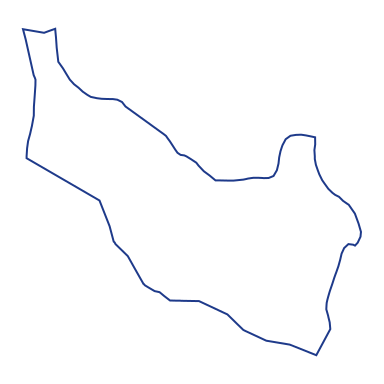 the district of Al Hujjaylah, Al Hudaydah, Yemen
{"feature_id": "15242507B15912619562849", "entity_name": "Al Hujjaylah", "entity_type": "district", "adm_level": 2, "iso_a3": "YEM", "parent_name": "Yemen", "parent_adm1": "Al Hudaydah", "projection": "equal_earth", "projection_center": [43.594, 14.987], "detail": "fine", "context": "isolated", "style": "outline", "palette": "blue", "viewbox_px": 384, "rotation_deg": 0, "n_neighbors": 0, "source": "geoboundaries", "source_scale": "gbopen_adm2", "svg_char_len": 2225}
<svg xmlns="http://www.w3.org/2000/svg" viewBox="0 0 384 384"><path d="M315.1,137.3L310.9,136.4L305.9,135.4L301.9,134.8L301.0,134.7L295.9,134.9L291.4,135.6L290.9,135.7L290.4,135.8L285.7,139.2L285.4,139.7L284.7,141.1L282.5,145.2L281.9,146.9L280.5,151.2L279.2,157.3L278.5,163.6L276.9,170.2L274.4,174.5L273.5,176.0L270.1,177.4L269.1,177.8L268.7,178.0L264.6,178.1L263.5,178.1L262.6,178.0L258.4,177.8L257.5,177.8L255.2,177.8L253.4,177.8L250.4,178.2L249.8,178.3L249.3,178.4L248.3,178.5L245.8,179.1L243.4,179.6L238.5,180.1L233.5,180.6L229.1,180.6L228.7,180.6L223.7,180.5L219.0,180.4L218.7,180.4L215.5,180.4L209.6,175.5L203.9,171.3L198.6,165.7L196.3,162.7L190.7,159.0L186.5,156.4L184.3,155.4L180.6,154.9L177.5,152.8L175.3,149.7L172.6,145.5L169.8,141.2L167.8,138.5L166.0,135.9L163.3,133.8L159.8,131.3L125.5,106.5L122.0,102.0L117.3,99.7L113.1,99.1L107.1,99.0L101.7,98.8L96.9,98.2L95.1,97.8L90.8,96.9L87.4,94.9L82.8,91.7L78.5,87.7L74.0,84.2L69.8,79.6L66.0,73.4L63.0,68.4L58.3,61.8L56.7,47.7L56.0,37.6L55.5,32.4L55.2,28.8L49.5,30.8L44.1,32.8L23.0,29.2L25.7,39.5L33.7,75.2L34.9,77.9L35.5,79.7L35.4,85.4L34.8,94.3L33.9,106.8L33.8,115.7L31.9,126.1L31.3,128.6L30.1,133.9L28.1,141.1L27.1,148.3L26.6,156.1L26.6,158.2L99.5,200.5L109.6,226.2L113.7,241.6L114.6,242.4L115.5,244.1L127.8,256.1L135.2,269.3L141.2,279.9L143.4,283.8L143.6,283.8L144.9,285.3L148.0,287.2L154.6,291.1L158.8,292.0L159.6,292.2L164.3,296.1L164.7,296.4L170.0,300.5L177.8,300.7L178.3,300.7L180.3,300.7L181.3,300.8L199.0,301.1L223.3,312.5L227.4,314.4L237.3,324.1L243.4,330.0L244.5,330.5L245.4,331.0L258.8,337.2L266.3,340.7L289.7,344.6L316.3,355.2L330.3,329.1L329.7,322.4L328.3,316.7L328.2,316.0L326.3,309.3L326.5,305.4L326.7,302.8L327.4,299.7L328.2,296.7L329.5,292.2L330.0,290.6L332.1,284.5L332.4,283.6L334.2,278.0L335.4,274.6L336.3,272.2L338.4,266.2L340.2,259.7L341.6,253.6L343.5,249.5L344.1,248.1L348.4,244.1L353.2,244.7L355.0,245.6L357.7,242.7L360.5,236.7L360.9,232.6L361.0,232.0L358.6,223.7L354.9,213.6L351.9,209.3L348.7,204.7L347.4,203.9L343.1,200.9L339.0,196.8L335.2,194.9L332.4,192.8L328.3,188.8L324.7,183.8L322.2,180.2L319.3,174.3L317.8,170.3L315.9,164.8L314.8,159.0L314.8,156.4L314.4,150.1L315.2,144.4L315.1,137.3Z" fill="none" stroke="#1e3a8a" stroke-width="2"/></svg>